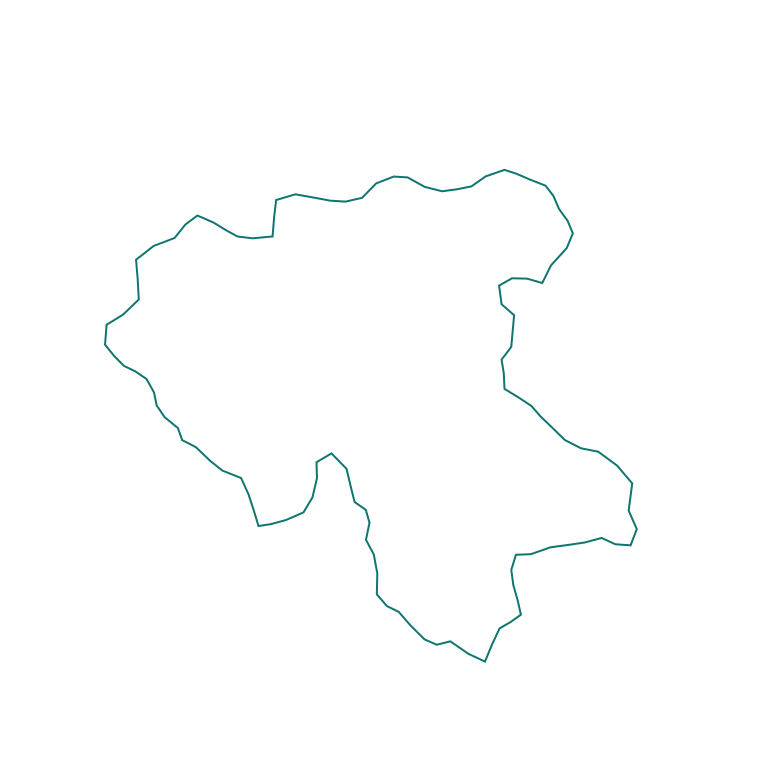 Carvalhópolis, Minas Gerais, Brazil, rotated 16°
{"feature_id": "56859067B12876478935865", "entity_name": "Carvalhópolis", "entity_type": "district", "adm_level": 2, "iso_a3": "BRA", "parent_name": "Brazil", "parent_adm1": "Minas Gerais", "projection": "robinson", "projection_center": [-45.827, -21.773], "detail": "fine", "context": "isolated", "style": "outline", "palette": "teal", "viewbox_px": 768, "rotation_deg": 16, "n_neighbors": 0, "source": "geoboundaries", "source_scale": "gbopen_adm2", "svg_char_len": 1569}
<svg xmlns="http://www.w3.org/2000/svg" viewBox="0 0 768 768"><g transform="rotate(16 384 384)"><path d="M557.6,623.0L559.7,604.3L562.5,587.0L571.3,577.9L579.2,568.0L572.1,555.1L563.7,541.6L557.6,527.6L557.9,511.8L572.1,507.1L589.0,495.1L605.7,487.8L620.7,481.0L635.6,472.0L650.5,474.3L665.5,471.1L667.0,453.8L654.1,438.3L650.0,411.1L630.6,398.2L608.5,390.0L591.1,391.5L573.3,388.0L555.9,378.6L543.5,372.1L531.8,364.5L516.9,359.8L501.2,355.5L496.1,340.5L490.3,328.2L496.1,313.3L490.1,282.0L475.1,275.0L467.5,257.7L477.9,247.1L492.4,243.3L508.3,243.3L511.8,224.0L522.2,202.9L524.0,187.1L515.6,176.6L504.0,167.5L494.9,156.4L484.5,148.8L468.3,147.3L452.6,145.3L440.7,145.0L424.5,156.4L413.6,169.9L400.7,176.6L386.8,182.7L368.8,183.3L349.8,178.9L336.2,181.9L321.2,193.3L311.6,211.1L296.7,219.3L281.7,222.6L266.8,224.0L246.5,226.1L229.6,236.9L232.4,253.9L236.2,272.9L217.4,280.2L202.5,282.6L189.3,279.6L175.7,275.8L158.2,273.5L149.1,285.5L142.5,301.3L124.5,314.8L111.4,332.9L118.0,350.2L125.0,370.4L113.9,389.4L101.0,403.5L105.0,423.1L116.7,431.3L129.1,438.3L141.5,440.4L154.4,444.7L165.3,455.6L171.4,467.3L182.3,476.4L198.0,483.1L205.5,493.6L220.7,496.6L237.7,505.6L252.6,511.8L272.6,513.8L284.3,527.6L293.4,541.0L302.5,555.1L314.1,549.8L327.1,541.9L342.0,529.6L346.5,512.7L345.5,493.0L340.7,477.8L352.6,465.2L371.3,475.8L381.0,493.0L388.3,505.6L401.2,510.0L408.3,521.4L409.6,538.7L421.2,550.7L429.8,568.0L435.1,588.2L448.0,596.7L461.0,599.0L475.9,608.7L493.3,618.3L506.5,620.1L518.7,613.1L539.4,620.1L557.6,623.0Z" fill="none" stroke="#0f766e" stroke-width="2"/></g></svg>